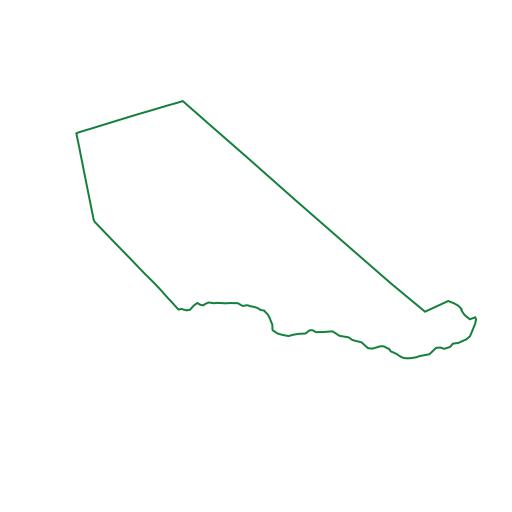 the district of Al Matama, River Nile, Sudan, rotated 39°
{"feature_id": "16777658B39370875153470", "entity_name": "Al Matama", "entity_type": "district", "adm_level": 2, "iso_a3": "SDN", "parent_name": "Sudan", "parent_adm1": "River Nile", "projection": "mercator", "projection_center": [32.797, 16.702], "detail": "fine", "context": "isolated", "style": "outline", "palette": "green", "viewbox_px": 512, "rotation_deg": 39, "n_neighbors": 0, "source": "geoboundaries", "source_scale": "gbopen_adm2", "svg_char_len": 2671}
<svg xmlns="http://www.w3.org/2000/svg" viewBox="0 0 512 512"><g transform="rotate(39 256 256)"><path d="M39.2,273.7L44.0,277.7L51.0,283.4L55.1,286.9L63.7,294.0L68.3,297.9L71.6,300.6L88.7,314.8L107.3,330.2L109.3,331.0L116.5,331.9L123.6,332.8L126.0,333.1L126.8,333.2L127.1,333.2L130.4,333.6L131.7,333.8L132.0,333.8L132.3,333.9L134.8,334.2L136.1,334.3L139.9,334.8L140.8,334.9L142.2,335.1L144.1,335.3L144.5,335.3L148.9,335.9L149.1,335.9L154.9,336.6L157.9,336.9L164.1,337.7L171.0,338.6L178.4,339.5L180.7,339.8L180.8,339.8L193.8,341.1L195.6,341.3L198.9,341.8L200.9,342.0L209.5,343.4L212.7,343.9L215.8,344.4L216.4,344.4L221.9,345.2L222.8,345.4L223.4,345.5L227.4,346.1L228.5,346.3L229.1,346.3L229.3,346.3L229.6,346.3L231.2,344.2L236.2,342.0L238.5,339.4L238.9,333.2L240.0,329.4L243.3,329.0L246.1,327.5L246.8,325.0L248.6,321.8L253.3,319.0L254.5,317.6L257.8,315.0L261.7,312.3L265.3,309.0L271.6,304.1L277.1,303.2L279.9,300.0L280.8,299.4L282.9,298.8L284.5,297.8L287.6,296.3L290.0,295.5L291.6,295.2L293.6,295.0L296.7,293.3L299.1,293.7L302.5,294.2L305.6,295.6L311.9,299.1L313.9,301.4L315.3,303.0L316.1,303.2L319.6,302.8L321.5,302.7L323.4,301.9L326.6,300.5L331.7,297.7L334.3,294.0L338.0,289.8L342.1,286.1L343.3,285.0L344.4,280.1L345.5,279.0L346.8,278.0L350.4,277.5L356.6,272.4L359.6,269.4L363.0,266.4L367.4,265.9L371.1,265.5L372.9,264.5L379.0,261.0L381.1,260.8L383.2,260.7L383.9,260.5L385.9,259.7L387.3,259.1L389.9,257.8L392.4,256.7L397.9,257.0L400.0,257.1L401.2,257.1L402.8,256.0L403.7,255.5L404.9,254.5L409.4,248.0L411.6,246.1L413.0,245.5L414.0,245.4L416.3,245.1L417.5,244.4L420.7,245.3L424.6,244.2L428.1,243.5L430.5,243.4L434.2,242.6L435.5,242.0L436.7,241.1L437.9,240.4L440.1,238.4L441.1,237.4L444.4,233.7L445.7,231.4L446.3,230.6L452.6,223.2L453.0,220.1L453.8,214.0L456.9,211.1L460.7,209.7L463.5,205.4L464.1,204.3L464.1,200.3L464.9,199.4L467.9,196.3L470.8,190.6L471.1,189.8L471.8,188.9L472.4,186.1L472.8,183.8L472.0,180.8L468.9,170.6L467.5,168.0L467.0,166.8L465.0,165.7L463.8,167.6L462.0,170.6L460.9,170.6L458.4,170.6L457.3,170.7L454.6,170.4L452.5,169.8L449.7,168.9L449.4,168.0L444.8,167.3L439.8,168.1L433.7,170.0L422.4,192.9L377.5,192.4L253.8,187.9L185.0,184.9L134.0,183.0L123.0,182.5L116.8,182.3L101.9,181.7L101.6,181.7L101.5,181.8L101.4,182.1L101.2,182.2L101.2,182.3L101.0,182.7L100.2,183.8L99.6,184.7L95.7,190.3L93.4,193.5L83.9,207.3L82.5,209.4L75.5,219.4L75.0,220.2L74.7,220.7L74.1,221.5L72.5,223.9L70.8,226.3L63.7,236.9L57.2,246.6L54.4,250.7L54.1,251.2L51.0,255.8L48.2,260.0L44.7,265.1L43.0,267.7L42.8,268.0L42.4,268.5L41.2,270.3L40.9,270.7L40.9,270.8L40.6,271.3L40.4,271.7L39.9,272.4L39.8,272.7L39.3,273.4L39.2,273.7Z" fill="none" stroke="#15803d" stroke-width="2"/></g></svg>